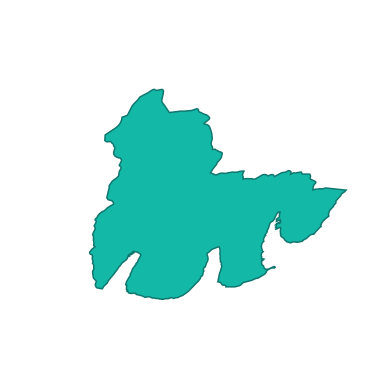 Fjallabyggð, Norðurland eystra, Iceland (Robinson projection), rotated 148°
{"feature_id": "244011B2207988314752", "entity_name": "Fjallabyggð", "entity_type": "district", "adm_level": 2, "iso_a3": "ISL", "parent_name": "Iceland", "parent_adm1": "Norðurland eystra", "projection": "robinson", "projection_center": [-18.797, 66.047], "detail": "fine", "context": "isolated", "style": "filled", "palette": "teal", "viewbox_px": 384, "rotation_deg": 148, "n_neighbors": 0, "source": "geoboundaries", "source_scale": "gbopen_adm2", "svg_char_len": 6067}
<svg xmlns="http://www.w3.org/2000/svg" viewBox="0 0 384 384"><g transform="rotate(148 192 192)"><path d="M169.6,299.1L171.3,299.6L176.9,299.5L185.6,300.2L188.8,298.9L194.4,297.6L196.9,296.8L206.3,291.2L211.7,292.5L213.2,290.7L215.0,289.3L216.7,288.3L219.1,287.4L222.1,286.8L235.4,286.4L238.7,281.8L237.9,280.0L237.4,279.5L234.9,278.3L234.2,277.6L234.0,275.9L233.4,274.2L234.1,272.0L233.7,270.7L233.9,270.3L237.5,267.1L238.3,265.5L238.3,264.2L238.2,263.3L237.2,261.1L234.9,258.7L234.7,257.4L234.9,256.4L235.4,255.7L239.6,253.2L239.1,251.0L239.2,250.2L239.8,249.5L242.6,248.1L245.9,244.4L248.9,243.8L253.7,243.5L258.9,241.3L260.0,239.5L267.3,232.3L267.3,230.1L264.4,226.7L264.2,226.0L264.5,224.0L265.0,223.3L271.4,223.5L276.4,222.5L278.7,222.9L281.9,222.6L283.8,222.0L286.7,220.5L288.2,220.4L289.0,219.7L288.7,218.7L288.7,218.0L289.8,216.9L292.9,215.2L293.2,212.6L294.5,211.4L297.0,210.0L298.9,208.4L299.1,206.4L301.2,203.3L301.9,201.1L303.8,198.6L303.3,196.9L307.3,196.5L310.6,195.3L311.0,194.8L311.2,193.1L310.1,191.9L310.0,191.5L310.4,190.0L311.1,189.6L312.3,187.5L312.6,185.6L314.1,184.5L314.0,183.3L314.2,182.0L315.7,179.4L316.4,178.3L317.8,177.7L318.7,176.9L321.1,171.6L321.0,170.0L320.4,167.5L320.7,166.7L323.1,164.8L323.4,164.1L323.7,161.7L323.4,161.1L319.4,157.4L319.2,157.5L317.0,158.7L312.2,159.7L309.8,161.2L301.3,164.0L295.4,166.3L294.1,167.1L292.8,167.3L289.1,168.8L284.0,169.3L282.2,169.9L281.3,170.9L277.8,170.7L279.1,171.1L278.3,171.5L278.6,171.6L279.3,171.2L280.3,171.4L279.2,172.2L277.8,172.2L278.1,171.9L277.6,172.2L276.0,172.2L276.1,171.7L275.8,172.2L274.1,172.2L274.1,172.5L273.3,172.5L273.4,171.6L273.7,171.4L276.2,171.4L277.1,171.2L276.6,171.2L277.1,170.8L276.4,171.2L273.5,171.2L273.0,172.5L272.7,172.4L272.8,171.9L272.0,171.5L270.3,170.1L268.7,166.9L268.8,165.6L274.3,162.4L275.3,161.4L277.2,161.2L277.7,160.4L283.0,158.4L286.3,155.9L287.7,155.3L287.8,154.9L288.7,154.0L295.3,150.5L296.3,149.4L297.3,148.8L297.4,148.3L297.0,147.7L297.0,146.9L297.8,146.3L298.3,145.3L299.1,144.4L298.9,143.8L299.3,143.2L299.0,143.0L299.5,142.7L299.0,142.4L299.5,141.9L299.2,141.5L299.2,140.0L297.5,138.2L295.1,137.1L293.5,135.9L293.4,135.7L293.7,135.5L293.2,134.2L291.3,132.5L288.9,129.8L287.8,127.7L284.6,126.3L283.0,125.0L281.9,123.1L279.8,121.8L279.3,121.0L277.3,119.7L276.2,118.5L275.1,117.8L274.3,116.7L270.8,115.5L268.9,114.2L265.4,113.4L263.9,111.3L262.4,111.2L259.8,109.9L257.6,109.9L254.8,109.2L247.8,109.7L233.4,113.2L230.7,114.3L229.8,115.3L228.1,115.5L226.6,116.1L225.5,117.6L223.7,118.9L223.9,119.4L222.8,120.9L221.4,121.6L220.6,121.4L217.4,124.0L215.2,125.3L214.1,126.4L213.3,127.8L212.7,129.5L212.4,131.3L212.0,131.7L205.3,132.8L198.7,131.5L198.0,130.9L198.8,128.2L200.0,126.2L201.0,125.1L202.0,122.6L203.3,120.9L203.9,119.3L204.9,117.7L204.4,117.0L204.9,115.8L205.8,114.7L206.1,113.1L210.1,109.6L211.5,108.7L216.6,103.3L217.0,102.5L217.7,102.2L215.7,100.2L215.7,97.8L215.3,97.2L215.3,96.8L213.7,95.7L213.0,94.2L213.5,93.6L213.3,93.5L205.8,88.8L201.8,87.5L200.0,87.3L196.6,88.1L188.4,85.5L183.6,84.8L181.6,84.0L173.8,83.8L171.6,84.6L170.6,85.5L167.9,85.8L164.6,85.3L162.4,83.9L161.4,84.1L161.3,84.6L162.0,85.4L168.1,86.1L170.3,87.3L170.7,88.0L171.1,89.4L170.6,91.1L170.8,92.5L171.3,93.3L170.0,96.0L168.6,96.6L167.8,96.6L168.8,97.3L168.2,97.8L167.3,97.7L168.4,98.6L167.2,100.1L167.0,101.5L165.4,103.2L163.2,103.7L163.6,104.4L163.5,105.1L163.0,106.2L163.0,106.9L161.9,109.2L160.2,111.1L158.5,111.9L157.3,112.0L156.5,114.0L154.1,115.8L152.8,116.2L153.0,116.4L153.0,116.8L149.2,118.5L149.1,119.1L145.9,121.2L142.6,124.1L140.6,124.7L139.0,124.5L137.2,125.1L131.7,128.6L129.8,128.9L129.5,129.3L127.9,128.5L130.1,126.2L131.1,124.5L134.6,124.2L135.1,123.9L135.0,123.5L136.0,122.3L133.3,121.9L133.4,121.3L133.2,121.9L131.9,121.8L132.3,120.9L132.9,121.1L132.9,120.7L132.5,120.6L133.1,120.7L132.3,120.5L133.0,119.6L133.5,119.5L133.2,119.3L133.5,119.1L134.3,119.2L134.0,119.6L135.3,119.7L135.1,120.1L135.4,120.2L135.5,119.8L136.2,120.2L137.0,120.3L138.0,120.0L137.4,119.8L139.1,118.0L139.8,118.0L140.2,117.4L139.6,117.9L139.0,117.9L139.1,117.4L139.5,117.3L139.5,116.3L139.2,116.3L140.3,116.1L141.5,116.5L140.3,116.0L138.2,115.6L137.6,115.7L135.8,115.1L135.8,114.7L136.1,114.1L138.1,111.7L138.7,110.0L139.4,109.4L139.2,108.9L140.0,107.6L139.4,105.4L138.6,104.3L138.8,102.0L138.3,101.3L138.1,99.6L135.2,96.5L132.7,96.2L129.2,93.5L124.6,91.8L122.7,92.2L119.6,92.0L114.6,92.9L112.6,92.6L111.2,91.7L108.2,92.7L101.7,94.4L100.8,94.2L100.4,95.8L99.5,96.0L99.2,96.5L96.3,97.9L92.4,98.7L88.8,99.0L88.7,99.4L88.2,99.9L88.0,101.1L86.0,102.6L85.8,103.0L83.7,103.8L80.0,104.7L78.3,105.8L76.0,106.3L74.5,108.2L67.7,110.2L66.0,111.2L62.7,111.3L60.3,111.9L76.8,124.8L79.7,125.4L81.8,127.1L83.4,127.6L86.0,129.1L88.5,129.6L86.9,131.8L85.9,132.6L84.8,133.4L82.2,134.2L81.7,135.0L82.1,136.2L84.7,140.0L84.7,140.8L83.0,142.7L82.6,144.7L88.7,148.6L88.9,148.9L88.7,150.9L88.9,151.2L94.3,153.3L95.6,154.4L99.1,154.9L97.4,156.5L97.6,157.5L98.1,158.5L99.0,159.0L102.3,159.3L105.6,160.8L113.8,161.4L114.0,163.5L114.9,164.4L116.1,165.0L118.8,165.2L120.4,167.9L122.2,168.9L123.2,169.2L131.7,169.5L132.6,169.9L133.8,171.2L138.5,174.4L141.9,175.9L140.7,177.3L140.4,179.4L138.3,181.4L136.8,182.1L136.9,182.3L140.5,184.2L142.6,184.7L144.7,185.7L147.2,187.5L151.3,189.2L153.4,189.8L157.0,192.4L158.8,193.0L162.8,193.7L166.1,198.5L161.3,200.8L156.8,202.3L155.0,203.6L150.3,205.0L148.7,205.9L146.0,208.5L145.8,209.0L145.8,209.7L146.7,211.0L147.8,211.9L148.1,213.1L149.3,214.7L149.9,216.2L151.8,217.0L152.0,217.4L150.8,219.3L150.7,221.7L149.5,223.8L146.9,226.1L146.2,227.2L144.3,231.1L143.4,234.1L142.7,237.1L142.6,238.7L142.9,240.1L144.2,242.0L145.6,243.0L145.4,243.6L144.7,244.1L141.2,244.2L138.5,244.8L137.9,245.3L137.8,247.0L138.5,249.1L139.2,250.2L140.3,251.4L143.5,256.4L143.6,257.2L143.0,258.1L143.0,258.8L143.1,259.3L143.7,260.0L149.5,261.5L155.9,264.8L158.8,266.6L169.1,271.4L169.5,281.4L169.8,282.3L169.6,284.9L169.3,285.5L164.3,290.7L162.6,292.8L162.5,293.7L162.9,294.7L163.4,295.1L168.0,296.8L169.4,298.3L169.6,299.1Z" fill="#14b8a6" stroke="#0f766e" stroke-width="1.5"/></g></svg>